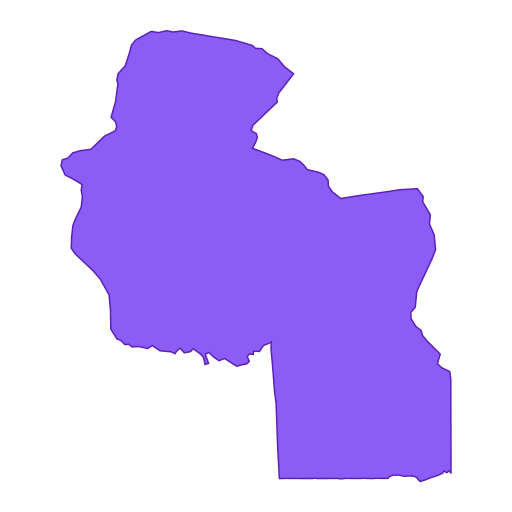 the district of Haut-Nyong, Est, Cameroon
{"feature_id": "32672807B24706785822934", "entity_name": "Haut-Nyong", "entity_type": "district", "adm_level": 2, "iso_a3": "CMR", "parent_name": "Cameroon", "parent_adm1": "Est", "projection": "albers", "projection_center": [13.641, 3.366], "detail": "fine", "context": "isolated", "style": "filled", "palette": "violet", "viewbox_px": 512, "rotation_deg": 0, "n_neighbors": 0, "source": "geoboundaries", "source_scale": "gbopen_adm2", "svg_char_len": 2543}
<svg xmlns="http://www.w3.org/2000/svg" viewBox="0 0 512 512"><path d="M116.8,80.2L117.9,83.7L115.6,101.4L111.1,117.3L115.6,121.8L116.7,126.7L115.3,130.8L104.6,136.1L90.9,149.3L80.3,150.7L72.7,152.9L67.9,158.1L62.3,159.8L61.0,165.8L65.2,175.0L74.4,179.8L82.2,184.6L81.2,189.9L82.4,196.8L81.2,207.2L74.9,220.0L73.0,225.2L72.8,226.7L71.6,237.3L71.4,244.8L71.2,248.0L74.8,253.5L92.6,270.3L93.1,270.8L100.3,279.1L109.1,295.0L110.5,310.6L110.8,329.1L117.1,339.1L120.7,340.3L125.1,344.7L128.6,344.1L131.8,346.8L139.3,346.6L147.7,348.5L152.3,345.6L160.1,350.8L171.2,351.8L174.9,353.7L176.8,351.0L180.0,348.2L184.3,352.8L190.6,351.6L193.1,348.7L200.5,354.0L203.4,357.2L205.1,364.5L208.6,363.3L205.4,354.8L205.7,353.9L209.1,352.6L213.9,357.2L219.0,360.7L224.6,358.5L236.8,366.3L240.9,365.0L246.8,363.9L249.3,361.4L247.2,356.6L249.5,353.9L253.3,354.5L253.5,351.4L255.8,351.1L259.4,351.5L263.3,345.7L269.4,343.0L271.3,342.0L271.0,348.6L272.5,365.0L274.6,392.1L276.1,403.2L277.7,448.2L279.4,478.6L280.1,478.6L285.0,478.4L303.5,478.5L312.1,478.5L314.9,478.2L317.6,478.5L326.9,478.5L337.2,478.4L338.5,478.5L339.1,478.8L342.2,478.8L345.2,478.4L350.2,478.4L357.8,478.5L364.7,478.3L373.0,478.6L373.5,478.5L374.8,478.3L386.2,478.4L388.2,478.3L389.1,477.0L390.7,475.8L391.8,475.8L393.1,475.2L395.8,475.2L396.5,475.2L398.2,474.9L402.9,476.0L406.0,476.3L408.0,475.9L412.2,476.1L412.2,475.9L414.3,476.3L417.1,477.9L417.8,478.9L418.8,480.3L419.9,481.3L420.3,481.3L421.2,481.3L422.4,480.6L423.4,480.6L431.8,477.3L438.2,475.3L438.9,474.9L440.8,473.9L442.1,473.6L444.1,470.9L446.1,472.4L447.2,472.5L448.6,471.0L449.0,470.9L449.6,471.1L450.5,472.7L451.0,472.9L450.8,379.5L449.8,371.6L441.9,367.8L437.4,363.9L440.2,354.1L427.3,341.2L422.6,335.6L421.1,330.4L416.1,326.7L411.1,318.8L410.8,312.4L415.0,307.6L415.4,305.6L416.8,291.4L420.6,283.1L432.0,258.9L435.6,249.7L434.2,234.8L429.5,224.2L430.3,214.7L422.7,201.8L423.2,196.6L417.4,188.7L399.8,189.7L388.7,191.5L360.2,195.4L340.7,198.5L332.3,191.8L328.4,186.2L328.1,180.1L323.9,174.7L318.8,172.3L318.0,172.1L307.4,169.7L304.1,165.5L300.0,161.5L299.2,161.1L293.7,158.8L282.3,160.2L270.8,155.2L252.4,148.2L255.5,142.6L257.4,137.5L256.3,133.6L251.0,130.5L253.0,125.2L277.3,102.0L276.7,98.1L278.0,95.1L278.9,92.8L293.6,73.8L284.7,66.9L277.7,58.7L267.9,53.9L262.0,48.7L255.3,48.3L252.4,45.5L248.9,44.4L235.1,40.4L208.9,36.1L190.4,33.0L182.1,30.9L173.1,32.0L166.8,30.7L158.4,32.6L151.9,31.5L150.8,31.6L135.8,39.9L131.6,44.9L129.3,53.4L125.2,65.9L118.1,73.6L116.8,80.2Z" fill="#8b5cf6" stroke="#5b21b6" stroke-width="1.5"/></svg>